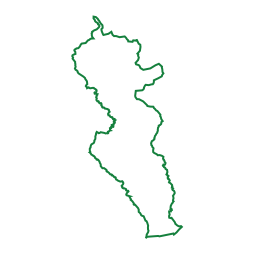 the district of Cugir, Alba, Romania, rotated 184°
{"feature_id": "2599482B86964812869554", "entity_name": "Cugir", "entity_type": "district", "adm_level": 2, "iso_a3": "ROU", "parent_name": "Romania", "parent_adm1": "Alba", "projection": "natural_earth1", "projection_center": [23.412, 45.734], "detail": "fine", "context": "isolated", "style": "outline", "palette": "green", "viewbox_px": 256, "rotation_deg": 184, "n_neighbors": 0, "source": "geoboundaries", "source_scale": "gbopen_adm2", "svg_char_len": 5850}
<svg xmlns="http://www.w3.org/2000/svg" viewBox="0 0 256 256"><g transform="rotate(184 128 128)"><path d="M125.7,216.3L125.9,215.7L128.9,215.8L129.5,214.3L133.8,214.4L134.1,215.6L135.1,216.3L136.3,217.9L137.7,219.1L142.7,218.0L146.3,218.9L148.3,218.7L149.9,219.9L151.3,222.8L154.1,220.6L159.0,219.1L159.4,219.6L160.8,222.4L161.4,224.2L161.3,225.0L160.5,225.7L160.3,226.2L160.5,228.0L160.8,228.9L162.6,230.5L164.3,233.0L165.2,233.8L165.6,234.6L166.3,235.2L167.8,236.4L170.1,236.7L170.0,234.9L168.7,233.5L168.2,232.2L167.5,231.6L165.3,230.4L165.1,229.3L163.9,228.6L163.6,227.6L164.1,226.4L166.1,224.2L168.6,223.0L170.5,221.5L170.3,220.7L170.9,219.9L170.6,218.9L170.6,218.0L170.0,216.3L168.7,214.9L171.0,214.6L172.0,214.1L172.7,213.3L174.1,212.6L176.2,209.8L180.0,209.0L180.9,208.0L181.7,206.0L183.1,204.2L185.0,203.8L185.4,203.3L186.2,202.9L186.9,202.1L186.9,201.5L185.9,200.3L185.6,198.2L187.4,197.4L188.4,196.7L188.6,195.8L187.7,194.4L188.1,193.3L185.3,190.2L185.3,189.1L184.9,188.1L185.0,187.0L184.5,185.4L185.1,183.7L184.3,182.4L183.3,182.0L182.2,181.0L182.0,180.0L181.1,179.0L176.1,176.2L174.9,175.3L174.4,174.9L173.9,173.7L172.6,172.3L172.1,171.2L171.7,168.9L172.4,168.2L173.0,166.9L172.4,166.2L172.0,166.0L171.6,164.9L170.7,165.6L170.1,165.8L169.5,165.2L168.4,165.0L165.9,165.6L164.9,165.6L164.3,164.9L163.5,164.7L162.3,163.9L162.4,163.5L161.9,163.0L162.1,161.7L162.6,161.1L163.7,161.2L163.9,160.9L163.6,159.9L163.4,159.8L162.4,160.1L161.3,159.5L160.8,159.6L160.9,158.9L161.3,158.6L161.7,157.7L161.5,157.1L161.8,156.8L161.9,156.3L161.2,155.3L161.5,154.2L161.4,153.6L160.4,152.5L159.3,152.7L158.9,152.2L158.9,151.5L158.1,150.7L157.6,150.6L156.8,151.0L156.5,150.9L156.0,149.9L156.3,148.9L155.9,148.3L155.1,147.7L155.2,147.0L154.8,146.6L153.0,146.6L152.5,145.8L149.9,145.5L148.5,144.9L148.3,144.6L148.4,143.9L147.5,143.1L147.5,142.7L148.5,141.6L148.9,140.6L148.4,139.3L147.2,139.3L146.7,138.2L146.2,137.8L144.6,137.7L144.6,137.1L144.4,136.9L144.0,136.9L143.6,136.5L143.5,135.7L143.3,135.6L142.7,136.1L142.0,136.1L141.7,135.2L141.2,135.0L142.0,134.3L141.7,133.8L141.8,133.6L142.5,133.5L142.6,133.3L141.8,132.9L141.5,132.4L141.7,132.0L142.4,131.7L142.7,131.3L142.5,130.4L144.4,129.9L144.2,129.1L142.7,128.4L142.7,128.2L142.9,128.0L143.4,128.0L144.7,128.4L145.3,127.3L145.0,126.7L146.0,126.5L145.8,124.8L145.2,124.4L146.0,124.2L146.5,123.6L147.7,122.9L147.3,122.0L147.4,121.5L147.9,121.2L148.6,121.4L150.0,121.0L151.0,121.4L155.0,121.9L156.0,121.0L157.1,120.8L157.4,121.2L158.9,121.9L159.5,120.4L159.4,119.8L160.0,117.2L159.8,115.9L159.9,114.6L160.7,113.1L160.6,112.3L160.9,111.1L161.2,110.6L163.3,109.1L163.8,108.0L164.0,106.9L164.0,105.9L164.5,105.2L164.7,104.5L164.4,102.3L164.0,101.6L164.4,101.2L163.9,101.1L163.8,100.2L163.2,99.8L162.8,99.0L161.0,98.2L160.5,97.6L159.9,97.6L159.0,96.7L158.9,96.0L158.4,95.8L158.1,95.4L157.3,94.9L157.1,94.3L156.6,94.1L156.1,94.5L155.5,94.2L154.1,92.5L153.7,91.3L152.9,90.2L152.6,89.3L152.6,88.2L151.0,86.4L150.6,86.1L149.1,86.3L146.7,84.8L146.3,84.3L146.5,83.6L146.0,83.0L145.1,82.8L143.9,82.0L142.6,80.6L141.1,80.5L140.8,80.3L141.0,80.0L140.9,79.6L139.3,79.2L138.4,78.1L137.1,78.0L136.8,77.7L136.9,77.0L136.2,75.8L135.5,75.6L134.6,74.9L132.0,74.0L130.0,74.5L129.8,74.3L129.5,73.6L129.1,73.5L128.8,72.6L129.0,71.6L130.3,69.8L129.4,68.7L129.6,68.2L129.0,67.7L128.3,67.4L127.6,67.6L125.7,66.9L125.5,66.6L125.5,65.7L123.6,64.9L123.3,65.1L123.1,64.7L124.4,63.3L124.9,62.3L125.1,61.4L124.7,60.8L121.4,60.0L121.7,59.9L121.5,59.0L120.4,57.6L120.3,56.6L119.9,56.6L119.7,56.1L118.6,55.3L116.9,53.2L117.0,52.2L116.5,51.8L115.6,52.0L112.3,48.7L111.5,47.0L111.6,46.1L111.4,45.0L110.2,44.2L109.4,43.2L109.0,42.3L108.3,41.6L106.2,41.0L104.1,36.8L103.1,36.4L102.3,35.1L101.1,32.0L101.2,30.4L100.9,28.0L100.4,27.0L100.7,25.4L101.9,23.0L102.0,21.3L102.5,19.3L101.5,20.8L90.4,22.4L89.1,22.1L75.4,25.9L74.8,24.9L72.3,27.2L70.1,30.2L67.4,33.1L68.2,33.8L69.8,33.5L70.8,33.6L72.5,34.5L73.5,35.4L73.9,35.5L74.8,37.4L78.8,42.0L78.5,41.0L80.6,41.4L80.9,43.1L80.4,44.4L81.2,47.3L81.1,47.7L80.6,47.6L80.0,48.1L79.4,47.9L79.3,48.2L79.6,48.3L79.5,48.5L78.5,49.2L78.9,50.2L80.0,50.2L79.8,50.8L80.0,51.6L79.9,53.3L78.9,55.8L78.2,56.5L78.0,57.3L77.4,58.0L77.9,58.5L78.1,59.1L77.7,61.1L78.1,62.8L78.4,63.4L76.9,66.1L77.0,67.2L77.8,68.6L79.1,69.2L79.5,69.9L78.8,70.9L79.4,71.4L80.1,71.6L79.8,72.5L80.0,72.5L80.1,74.3L82.0,76.0L82.9,76.4L82.8,76.5L83.2,76.8L83.1,77.8L82.7,78.5L83.4,79.7L84.3,79.9L84.3,80.4L84.8,80.7L84.7,81.3L85.0,81.8L84.3,82.9L86.3,84.2L85.8,84.8L86.1,85.4L85.6,86.7L86.1,88.9L87.7,89.8L88.0,90.7L88.6,91.2L89.3,91.4L89.6,92.0L90.3,92.5L90.6,92.9L90.1,94.0L89.0,93.8L88.5,94.1L88.1,95.7L89.2,96.9L89.2,97.4L90.0,98.9L90.5,99.0L90.7,99.5L90.9,100.0L90.7,101.8L92.4,102.7L94.5,103.2L96.5,102.9L97.0,103.5L98.1,104.1L100.1,104.9L101.2,105.8L101.4,107.9L101.1,109.2L101.2,109.7L102.4,110.8L102.8,112.0L103.6,112.7L103.6,113.6L103.9,114.4L103.3,116.5L101.7,117.7L101.4,118.1L101.3,118.6L100.8,119.0L101.0,120.1L100.7,120.7L100.6,121.8L99.8,123.0L99.3,124.3L98.5,125.3L98.4,126.5L98.0,127.3L98.2,128.4L98.1,129.0L98.1,130.3L97.4,131.6L97.5,132.5L96.0,133.4L95.2,134.4L95.1,136.3L93.9,137.3L95.3,139.0L96.2,141.5L96.7,142.0L96.6,143.5L99.9,147.0L101.3,147.6L102.4,148.9L103.5,149.7L104.2,151.0L107.3,150.9L110.2,151.3L110.6,152.1L114.7,155.6L119.1,157.5L121.1,157.4L122.7,159.3L123.1,160.5L122.8,165.6L116.5,166.6L115.4,167.5L114.9,168.4L114.9,169.4L114.1,171.3L113.4,172.3L110.3,172.2L107.8,173.1L106.3,173.4L105.7,174.3L105.4,175.8L105.5,177.4L101.7,179.5L97.9,181.9L97.6,183.3L96.5,185.0L97.5,186.3L97.9,189.1L98.5,190.9L98.4,191.6L101.7,194.2L105.0,192.5L109.9,189.0L116.8,187.1L119.7,188.6L120.8,190.7L121.7,191.5L124.4,192.1L125.0,193.5L122.7,196.5L122.1,199.0L123.0,200.8L122.9,202.2L123.8,202.8L121.5,205.9L121.2,209.8L121.6,212.0L123.2,212.8L125.3,216.4L125.7,216.3Z" fill="none" stroke="#15803d" stroke-width="2"/></g></svg>